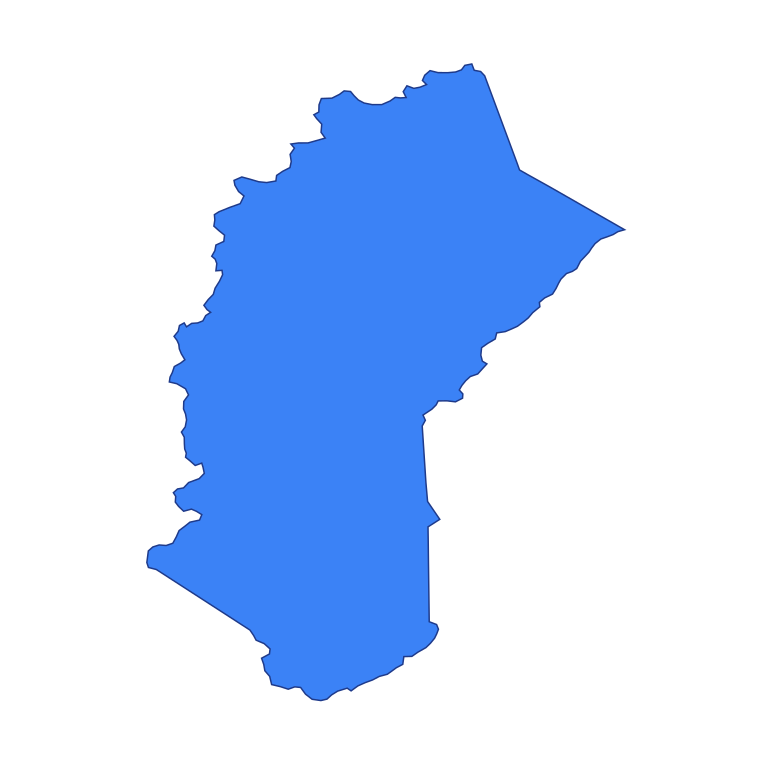 the district of Macajuba, Bahia, Brazil, rotated 82°
{"feature_id": "56859067B5782539375229", "entity_name": "Macajuba", "entity_type": "district", "adm_level": 2, "iso_a3": "BRA", "parent_name": "Brazil", "parent_adm1": "Bahia", "projection": "equal_earth", "projection_center": [-40.27, -12.114], "detail": "fine", "context": "isolated", "style": "filled", "palette": "blue", "viewbox_px": 768, "rotation_deg": 82, "n_neighbors": 0, "source": "geoboundaries", "source_scale": "gbopen_adm2", "svg_char_len": 3097}
<svg xmlns="http://www.w3.org/2000/svg" viewBox="0 0 768 768"><g transform="rotate(82 384 384)"><path d="M264.7,124.3L211.3,193.2L196.4,212.9L190.9,220.0L183.6,221.5L92.8,241.4L88.0,244.8L85.9,251.0L79.3,252.5L79.7,259.6L83.7,263.6L85.0,269.7L84.6,277.3L83.2,287.1L80.1,294.8L83.9,300.7L88.8,303.7L93.4,300.2L95.1,307.0L95.4,313.3L91.9,319.8L97.2,324.3L103.4,322.2L103.0,327.9L101.7,333.0L104.6,338.6L107.0,347.3L105.7,356.8L103.0,364.6L99.2,369.9L94.4,373.5L89.7,376.4L88.2,382.7L91.0,387.8L93.7,395.8L92.6,406.3L98.5,409.5L105.6,410.7L107.6,416.0L111.9,413.7L118.0,409.5L126.0,411.3L132.3,408.0L133.8,418.8L134.7,425.7L133.4,435.2L133.4,442.8L138.0,439.9L143.5,445.0L150.8,444.9L156.6,447.0L159.3,454.8L162.5,461.3L167.9,462.8L168.2,472.1L166.3,479.9L162.4,488.5L159.2,496.0L161.5,504.2L166.4,504.0L173.2,501.2L178.3,496.5L185.4,501.3L187.6,512.0L190.4,523.3L192.7,528.4L198.0,528.7L204.0,530.5L209.2,526.1L214.4,521.2L220.5,522.8L223.0,531.1L228.4,532.9L233.5,536.8L236.9,533.8L241.4,532.8L248.5,534.7L248.9,528.6L253.3,528.6L259.3,532.6L265.6,537.9L271.5,540.6L275.9,546.3L281.0,551.4L285.7,548.9L288.9,545.7L291.4,551.0L296.3,554.6L297.6,560.0L297.2,566.0L299.9,571.6L295.7,573.4L297.6,578.4L303.2,580.5L307.6,585.3L312.0,582.9L316.2,581.7L320.8,581.8L325.9,580.5L332.3,577.8L335.0,582.6L337.5,589.2L343.3,592.1L347.4,594.9L352.1,596.3L354.9,589.1L361.1,581.2L367.6,579.1L373.4,584.7L380.8,586.0L386.1,584.7L392.1,584.5L398.8,586.8L403.4,591.3L408.9,589.2L415.4,590.0L420.6,590.4L425.0,589.4L428.9,590.7L433.1,586.8L438.4,582.3L437.0,575.5L441.3,574.8L447.5,574.4L452.0,580.2L454.4,591.2L459.0,597.0L459.2,603.1L462.3,607.7L466.3,605.9L471.9,607.1L476.7,604.4L482.1,600.1L481.1,592.1L484.0,587.4L488.0,582.6L493.1,585.6L493.8,595.4L497.2,601.1L500.6,607.3L506.4,610.9L512.3,615.3L513.6,622.2L512.1,629.1L513.2,635.6L516.5,640.6L523.4,642.5L527.8,643.7L532.9,642.8L536.0,635.3L609.0,551.0L614.9,548.1L619.9,546.3L624.4,538.8L630.5,533.7L635.4,535.0L638.5,543.4L645.0,542.1L651.4,541.9L657.6,537.9L666.0,537.1L669.3,528.7L672.9,521.3L671.5,514.5L672.9,508.8L680.2,504.9L686.2,499.1L688.7,490.5L688.1,484.3L684.6,479.2L681.7,472.7L680.1,462.8L683.3,459.3L679.3,451.8L677.1,444.1L675.5,436.6L672.9,429.3L671.9,421.1L669.3,416.1L666.7,411.3L664.2,404.4L656.7,402.3L657.6,394.3L654.3,387.8L650.9,379.2L647.2,374.1L642.8,369.3L638.8,366.6L634.4,364.2L629.5,365.4L625.7,372.3L566.8,364.8L546.7,362.2L531.6,360.3L525.8,347.6L506.4,357.2L487.3,356.2L430.9,352.0L425.7,348.1L420.2,349.7L415.6,340.1L412.0,335.3L408.3,332.7L409.4,324.1L411.6,315.7L409.0,308.2L404.8,307.3L400.4,310.3L396.3,307.1L392.1,302.6L388.6,297.5L387.1,289.8L382.6,284.4L378.4,279.3L375.1,283.4L368.9,284.1L361.6,282.3L358.1,275.4L354.9,267.6L349.1,265.3L349.0,256.6L347.2,249.9L345.4,243.8L341.7,237.0L338.6,231.9L334.1,226.9L329.2,218.9L324.8,218.8L321.1,212.9L318.4,204.6L313.3,200.3L308.4,197.0L304.7,194.1L300.0,187.9L298.7,181.8L296.5,177.1L289.7,172.3L285.0,166.4L281.9,162.6L278.3,159.5L274.3,155.4L270.6,149.1L269.2,142.0L267.9,136.3L265.7,131.2L264.7,124.3Z" fill="#3b82f6" stroke="#1e3a8a" stroke-width="1.5"/></g></svg>